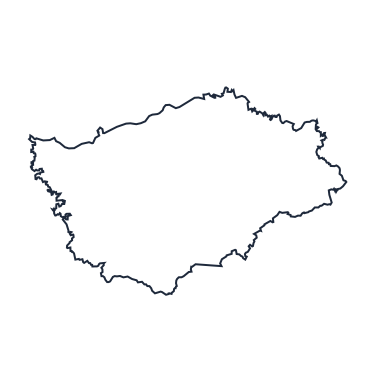 outline of Tangail, Dhaka, Bangladesh, rotated 79°
{"feature_id": "16705992B55867939933107", "entity_name": "Tangail", "entity_type": "district", "adm_level": 2, "iso_a3": "BGD", "parent_name": "Bangladesh", "parent_adm1": "Dhaka", "projection": "orthographic", "projection_center": [89.988, 24.376], "detail": "fine", "context": "isolated", "style": "outline", "palette": "slate", "viewbox_px": 384, "rotation_deg": 79, "n_neighbors": 0, "source": "geoboundaries", "source_scale": "gbopen_adm2", "svg_char_len": 6020}
<svg xmlns="http://www.w3.org/2000/svg" viewBox="0 0 384 384"><g transform="rotate(79 192 192)"><path d="M236.1,319.4L236.1,315.8L237.1,315.4L237.1,312.4L240.1,312.2L241.0,311.4L239.6,307.9L242.1,306.7L242.4,305.5L244.2,305.0L244.5,303.9L246.1,304.0L246.9,299.3L246.5,298.0L245.2,297.2L244.5,296.0L244.9,291.7L245.4,292.4L247.0,292.6L249.1,295.4L250.8,294.7L253.5,295.1L254.3,296.9L257.3,296.9L257.6,295.5L259.0,294.3L261.6,293.8L264.2,292.5L264.5,290.9L264.1,289.4L260.3,285.9L259.8,284.0L260.5,281.8L260.7,278.7L262.7,275.6L262.7,271.3L266.0,267.4L268.1,263.2L270.4,262.3L270.6,258.2L273.6,256.4L273.9,254.7L275.8,253.8L276.3,251.7L278.7,250.4L281.3,250.0L284.4,247.7L283.8,241.8L284.5,240.5L287.9,237.1L287.7,234.4L287.1,234.3L287.1,233.6L288.1,231.5L287.0,231.0L285.9,228.8L283.8,228.1L283.1,227.2L283.3,226.5L281.8,225.8L281.4,224.9L278.5,225.1L275.9,224.3L274.6,223.3L273.2,221.3L273.7,218.5L273.1,216.3L269.9,210.4L270.1,207.7L267.8,207.9L265.2,207.0L265.5,206.3L263.6,202.3L270.4,177.2L267.5,178.0L263.7,175.5L261.8,170.6L260.8,170.1L260.3,164.9L257.7,164.3L257.0,160.7L257.5,160.0L261.4,160.0L262.3,157.4L264.2,156.1L265.0,154.8L266.8,154.4L268.5,152.6L265.9,150.6L265.1,151.9L263.0,151.9L261.9,150.8L261.4,148.6L258.4,145.8L256.1,146.7L254.9,145.1L256.9,143.3L256.7,142.5L253.8,141.3L252.5,140.2L251.0,140.5L249.2,137.2L246.8,137.2L245.0,139.1L242.8,132.5L243.3,131.7L240.6,132.0L238.5,127.3L237.6,127.1L235.4,120.6L237.1,118.7L237.0,117.9L233.3,117.6L231.0,112.7L228.2,109.9L229.7,107.4L230.1,101.8L230.8,101.4L231.9,102.3L233.4,99.6L234.8,99.7L236.1,95.6L235.4,92.5L236.0,89.9L234.1,88.0L233.5,86.5L233.5,85.9L234.2,85.7L234.0,81.7L233.4,80.8L233.1,77.9L230.6,74.4L231.3,70.9L230.0,68.7L230.2,67.4L228.8,64.6L230.3,61.4L230.2,59.5L230.8,58.5L229.0,56.9L221.0,57.7L216.5,57.4L216.0,54.8L216.7,52.9L215.9,52.0L218.6,51.3L217.8,50.3L219.1,50.3L218.4,49.7L217.0,49.8L217.6,48.6L216.9,48.2L216.9,45.8L215.2,42.7L211.6,38.6L210.5,39.1L209.4,41.1L204.6,41.8L202.4,43.7L198.7,42.6L196.8,42.6L194.9,43.7L193.5,45.2L193.8,47.2L192.9,50.9L191.1,51.0L190.8,52.3L189.4,52.3L188.8,54.2L186.6,54.7L185.3,56.1L184.4,56.1L184.5,57.1L183.3,57.5L183.4,60.7L182.0,61.1L181.1,60.6L179.6,62.0L176.4,62.3L174.0,61.0L172.8,59.3L171.5,59.6L171.6,58.9L173.2,58.1L172.6,57.9L171.7,54.8L170.6,54.3L168.5,54.7L167.3,54.3L166.1,55.1L165.7,53.2L166.1,52.1L164.1,50.6L164.2,50.0L161.1,51.0L159.4,50.2L159.3,51.1L160.2,52.0L161.9,52.2L161.9,52.8L161.1,52.6L160.6,53.2L161.4,54.8L157.9,54.1L157.7,55.0L156.5,55.7L156.0,57.8L154.6,58.4L152.7,55.6L152.1,56.3L152.9,56.9L153.0,58.4L149.6,57.5L148.6,56.7L148.3,55.7L145.5,55.8L146.8,56.8L145.7,57.4L144.8,59.5L144.8,61.1L145.6,62.9L145.1,66.0L145.3,68.2L150.1,72.6L151.9,78.2L151.1,78.5L150.3,80.4L149.1,80.8L146.6,80.7L144.7,79.1L140.4,85.6L140.6,87.2L141.8,89.2L141.5,90.2L138.7,91.5L134.3,91.2L132.6,91.9L133.3,93.9L134.5,94.7L134.2,95.9L132.9,96.1L132.7,96.8L133.6,98.5L135.9,100.2L136.3,101.1L135.7,101.6L132.4,99.6L132.6,101.3L131.8,101.7L132.5,103.0L130.5,103.8L130.7,105.3L128.8,104.6L127.4,105.3L128.0,106.3L130.1,107.4L128.2,108.0L126.0,110.3L126.3,111.3L127.9,112.6L127.7,113.4L125.5,113.1L123.6,115.7L122.5,114.1L121.6,114.6L122.6,115.8L122.0,116.8L124.0,116.9L124.4,117.5L122.7,117.7L121.6,118.6L122.1,120.9L115.8,120.6L115.1,120.2L114.5,118.8L109.1,121.7L107.2,124.6L108.0,130.8L104.4,131.7L100.0,131.8L100.8,132.7L99.4,133.5L101.3,134.7L100.4,138.1L97.4,137.1L95.9,138.5L95.9,139.3L97.0,140.1L101.1,142.2L101.3,143.9L103.1,143.3L104.0,145.8L100.4,152.0L100.9,152.9L103.2,151.1L103.9,151.2L103.8,152.0L100.9,155.7L98.6,156.6L99.0,159.6L98.6,162.2L103.0,162.3L100.5,167.6L100.0,171.5L106.2,188.1L106.6,191.9L102.1,197.5L101.7,201.3L103.6,203.6L106.2,205.2L108.4,208.9L108.9,211.0L108.5,216.2L109.3,219.6L113.7,224.4L114.7,229.1L114.8,233.8L112.8,239.4L112.3,243.7L113.7,253.3L117.5,266.7L117.2,268.0L113.2,267.9L111.2,269.9L113.8,273.1L115.2,272.4L115.3,272.9L118.9,272.3L120.4,276.5L125.0,279.8L125.1,280.8L123.5,283.5L123.7,291.1L126.5,299.3L125.7,304.6L123.8,308.2L118.5,312.5L116.2,315.7L112.6,316.7L113.9,321.7L113.0,328.2L109.6,334.6L110.3,335.4L110.0,336.5L107.4,338.1L105.7,339.9L108.3,340.6L109.0,341.8L112.4,339.4L113.4,336.6L115.5,336.7L115.9,336.9L115.4,339.6L119.0,339.6L119.9,340.3L119.7,341.7L122.1,342.2L122.3,339.9L123.8,339.9L124.2,338.6L125.1,338.5L127.0,338.8L127.5,340.1L128.1,339.8L131.1,340.7L131.2,341.9L132.1,342.1L132.1,343.9L133.3,344.1L133.7,342.6L135.1,342.8L135.4,344.0L136.1,344.2L136.2,345.3L136.8,345.4L137.8,344.4L138.4,345.0L139.2,344.7L141.4,342.6L140.4,340.8L141.3,339.9L141.6,337.9L140.3,337.2L140.5,335.0L142.0,335.1L143.0,334.1L143.9,334.1L144.0,337.2L145.3,337.8L144.6,338.8L144.6,340.5L145.7,342.7L149.4,343.1L149.8,342.2L148.3,340.9L148.3,339.4L149.8,338.7L149.9,337.2L153.8,336.4L153.4,334.6L154.3,332.4L154.9,332.7L154.6,333.9L156.7,334.0L157.7,332.2L159.2,332.2L160.2,330.7L164.6,329.5L162.3,332.8L162.6,333.4L163.8,333.1L165.2,330.3L168.0,330.3L167.8,329.2L166.6,329.0L166.4,328.3L165.3,328.1L165.1,327.5L166.2,326.6L166.1,325.4L168.1,325.7L168.4,321.4L169.3,322.2L168.9,323.2L170.7,323.8L170.5,325.0L171.6,325.3L171.9,326.2L174.7,326.6L175.2,320.7L176.9,320.6L177.3,319.8L176.1,319.1L176.5,318.5L179.4,319.7L179.0,321.9L180.8,323.6L181.0,325.0L178.0,325.4L178.2,327.5L182.1,328.4L182.6,330.1L183.4,330.2L183.3,331.4L182.6,331.3L183.0,331.7L182.6,332.3L183.6,331.9L184.1,331.0L186.8,331.4L188.9,330.8L189.1,330.2L188.2,328.0L188.7,327.5L188.5,326.6L187.5,325.8L188.2,325.2L190.7,325.4L192.2,323.8L191.9,322.5L192.6,322.2L192.1,320.6L190.1,320.5L189.5,319.4L190.0,316.1L191.6,315.4L191.9,318.5L195.2,319.3L194.8,320.9L193.4,321.5L192.6,321.2L193.0,323.1L193.5,323.0L194.4,324.1L199.8,321.3L206.4,320.6L207.6,321.0L208.2,320.1L208.0,318.7L208.4,318.0L209.7,319.9L211.3,319.3L211.1,316.8L211.5,316.6L213.7,316.8L214.7,318.7L216.5,318.9L217.9,321.7L218.7,321.9L220.7,324.8L222.8,325.4L223.3,324.9L223.3,322.0L226.8,322.5L227.0,321.3L228.0,321.2L228.3,320.3L229.8,319.5L236.1,319.4Z" fill="none" stroke="#1e293b" stroke-width="2"/></g></svg>